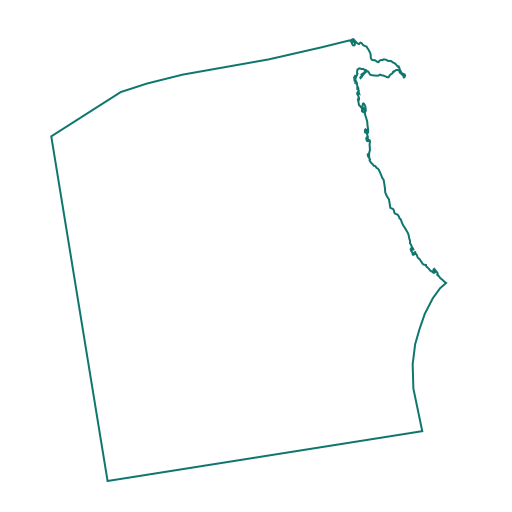 the district of Shallatin, Al Bahr al Ahmar, Egypt, rotated 351°
{"feature_id": "37247803B26246524516343", "entity_name": "Shallatin", "entity_type": "district", "adm_level": 2, "iso_a3": "EGY", "parent_name": "Egypt", "parent_adm1": "Al Bahr al Ahmar", "projection": "natural_earth1", "projection_center": [35.577, 23.072], "detail": "fine", "context": "isolated", "style": "outline", "palette": "teal", "viewbox_px": 512, "rotation_deg": 351, "n_neighbors": 0, "source": "geoboundaries", "source_scale": "gbopen_adm2", "svg_char_len": 5553}
<svg xmlns="http://www.w3.org/2000/svg" viewBox="0 0 512 512"><g transform="rotate(351 256 256)"><path d="M439.5,312.4L439.1,312.0L437.8,310.5L436.0,308.2L434.5,306.6L433.9,305.3L433.4,304.4L432.4,303.5L432.1,302.9L432.7,302.5L432.7,301.7L432.4,300.8L431.8,299.6L431.1,298.5L430.5,298.0L430.6,297.5L430.1,296.6L429.3,297.0L429.0,297.6L428.9,298.5L429.2,298.6L429.8,298.3L430.3,298.6L430.6,299.1L430.6,299.6L430.3,300.1L429.4,300.5L428.6,300.3L427.9,299.5L427.5,299.0L425.8,297.7L425.2,296.5L424.3,295.1L423.5,294.0L422.8,293.4L422.5,292.7L422.5,291.5L421.4,291.2L420.0,290.5L419.3,289.6L418.5,287.8L418.1,287.1L417.7,286.1L417.1,284.6L416.3,283.9L415.8,283.4L415.4,282.4L415.0,280.2L414.3,278.9L413.9,278.0L413.7,277.6L413.8,277.1L413.3,277.1L413.2,277.2L413.0,277.4L412.8,277.8L412.8,278.6L412.9,279.0L412.3,279.2L412.3,278.5L411.8,278.7L411.2,279.1L411.0,278.7L411.4,278.4L411.1,277.5L410.3,275.8L409.8,274.1L410.0,273.1L410.7,272.6L411.3,272.7L411.5,273.8L412.0,274.4L412.5,274.2L412.3,273.6L411.8,272.3L411.3,271.1L410.9,269.1L410.1,267.5L410.5,265.0L410.1,262.6L410.1,261.0L409.9,258.3L409.4,256.5L408.0,253.0L407.3,251.2L406.0,248.4L405.3,245.5L404.9,243.5L404.6,242.2L403.6,241.3L403.4,239.5L402.3,237.3L401.1,236.6L399.7,235.6L399.4,234.7L399.3,233.1L399.1,231.6L398.3,230.7L397.5,230.3L396.2,229.4L396.2,227.0L396.2,223.7L396.2,220.9L395.3,219.1L394.4,216.7L393.6,213.5L393.9,209.7L394.0,207.2L394.0,202.5L393.9,200.5L392.9,198.6L392.4,196.2L391.7,193.3L391.0,190.6L390.2,188.9L388.7,187.7L388.1,186.1L387.5,185.6L386.5,185.3L385.5,183.5L384.3,182.0L383.4,180.0L383.1,179.0L383.7,178.5L383.5,177.5L383.0,176.6L382.5,175.6L382.2,174.4L382.2,173.2L382.7,172.9L383.0,173.6L382.9,174.7L383.1,175.4L383.3,175.6L383.4,174.7L383.5,173.8L384.1,171.4L385.1,169.2L385.4,166.5L385.5,164.4L385.8,163.0L386.5,160.8L386.5,159.8L385.9,159.2L385.6,158.9L385.2,159.0L384.8,160.0L384.1,160.0L383.5,159.5L383.3,157.0L383.5,156.7L383.8,156.4L384.2,157.0L384.1,158.1L384.4,158.5L384.7,158.3L385.1,155.9L384.8,153.3L384.2,151.5L383.0,150.9L383.1,149.8L383.4,148.5L384.0,148.0L384.8,148.7L385.2,149.9L385.3,150.7L385.5,151.5L385.8,151.7L386.1,151.3L386.5,149.2L386.6,143.4L386.9,140.9L386.5,137.5L385.9,133.7L386.0,132.7L385.9,131.6L385.1,131.1L384.1,130.3L383.4,129.7L383.4,128.5L383.7,127.6L384.2,127.6L384.6,128.3L385.1,128.3L385.2,127.6L385.6,127.0L386.2,127.6L386.4,128.6L386.3,129.3L386.0,130.1L386.5,130.6L387.2,129.6L387.3,128.1L387.4,125.7L387.0,124.0L386.5,122.8L386.1,122.1L385.9,122.1L385.4,122.3L384.9,123.9L384.5,124.9L384.2,125.8L383.8,126.2L383.3,126.1L382.8,125.2L382.3,124.2L381.3,123.0L381.3,119.1L381.1,117.5L381.5,116.8L381.8,117.1L382.2,117.4L382.5,116.6L382.3,115.2L382.1,113.8L381.7,113.0L381.3,111.8L381.5,110.9L381.9,110.3L382.3,110.7L382.8,111.6L383.3,111.9L383.1,110.6L383.0,109.5L383.4,109.0L383.1,107.9L383.3,106.6L383.2,105.9L382.6,106.1L382.7,107.0L382.6,107.5L382.2,107.2L382.3,105.9L382.7,104.2L382.6,103.1L382.3,102.3L382.7,101.5L382.7,100.4L382.3,100.0L381.8,100.5L381.2,100.5L381.4,99.5L381.7,99.2L382.0,99.0L382.0,98.4L380.8,98.3L380.8,96.6L380.9,94.9L381.4,94.4L381.6,95.0L381.7,95.8L382.2,96.1L382.7,95.0L382.5,94.4L382.5,93.6L382.8,93.7L383.4,94.0L384.0,93.1L384.6,92.0L384.8,91.7L384.4,91.0L384.6,90.1L385.0,88.8L385.5,87.6L386.1,87.4L386.4,87.3L387.5,86.8L388.4,87.2L389.3,87.8L390.2,88.0L391.2,88.0L391.8,88.7L392.3,89.1L393.1,89.3L393.6,89.5L394.0,89.9L394.1,90.3L393.8,90.7L392.8,90.9L392.0,91.4L390.9,92.2L390.3,92.4L389.0,93.0L388.7,93.2L388.5,93.3L388.6,93.9L389.4,93.9L388.7,94.5L388.1,95.1L386.9,96.0L387.1,96.6L388.1,95.9L389.5,94.5L390.6,93.3L392.1,92.2L392.8,91.6L394.0,91.1L395.1,91.1L395.7,91.4L396.1,92.2L396.5,93.4L397.1,94.7L398.3,95.4L400.5,96.1L404.2,96.9L405.3,97.0L406.1,96.5L406.9,96.2L407.9,96.9L408.8,97.4L410.1,97.7L411.0,98.3L412.4,99.1L413.5,99.9L414.4,100.3L415.2,99.9L416.1,98.7L417.3,97.8L418.5,97.3L419.9,96.4L420.1,95.6L421.1,95.1L421.4,95.4L421.9,95.1L422.8,94.6L423.3,94.3L424.0,94.2L425.4,94.6L426.2,95.1L426.7,95.3L427.0,96.0L426.9,96.5L426.6,96.7L427.0,97.7L427.7,98.3L428.2,99.0L428.9,100.0L429.5,100.3L429.8,100.6L429.9,101.2L429.7,102.0L429.9,102.7L430.5,102.7L431.0,102.0L431.5,100.9L431.2,100.0L430.5,99.5L429.3,98.9L428.5,98.0L427.9,96.6L427.6,95.4L427.2,94.3L427.0,93.2L427.0,92.3L426.6,92.1L426.1,91.8L426.1,91.4L426.4,91.0L425.1,90.2L424.6,89.3L423.5,87.7L422.2,86.6L421.2,86.1L420.7,85.4L420.2,84.8L419.3,84.4L418.3,84.2L417.3,84.0L416.7,83.9L415.9,83.0L414.9,82.4L413.8,82.0L413.0,81.8L412.4,81.8L411.9,82.2L411.2,82.2L410.5,82.0L409.2,82.2L408.6,82.4L408.1,82.8L407.8,83.2L407.5,83.6L407.2,83.8L406.9,83.7L406.5,83.5L405.8,82.9L405.1,82.2L404.0,81.2L403.6,81.0L402.9,81.0L402.0,80.9L401.4,80.5L400.8,79.8L400.5,78.8L400.4,77.8L400.6,76.6L400.7,74.8L400.6,73.3L399.9,71.4L399.4,69.7L398.7,68.4L398.2,67.2L398.0,66.5L396.9,65.9L395.9,65.3L394.6,64.2L393.9,62.7L393.3,62.1L392.5,61.6L391.9,61.9L390.9,62.8L390.0,62.3L389.1,61.6L388.2,60.2L387.6,59.3L386.9,58.4L386.7,57.8L386.2,57.2L385.9,57.0L385.5,57.0L385.0,57.1L384.3,57.5L383.9,57.5L383.7,57.7L383.6,57.9L383.7,58.3L383.9,58.5L384.3,58.4L384.7,58.5L385.0,58.9L385.2,59.2L385.8,59.8L386.3,60.2L386.6,60.5L386.8,61.4L386.8,62.1L386.5,62.9L386.2,63.2L385.8,63.4L385.0,63.2L384.6,62.8L384.4,62.2L384.1,61.4L383.9,60.6L383.8,60.0L383.7,59.5L383.5,59.2L383.0,58.7L382.6,58.2L382.1,57.7L353.9,60.1L299.3,63.8L211.7,65.4L175.4,68.6L148.1,72.9L72.5,105.8L74.2,455.0L392.8,455.0L390.7,411.6L393.8,387.4L399.4,368.0L406.0,353.9L413.8,339.3L424.1,325.3L432.8,316.6L439.5,312.4Z" fill="none" stroke="#0f766e" stroke-width="2"/></g></svg>